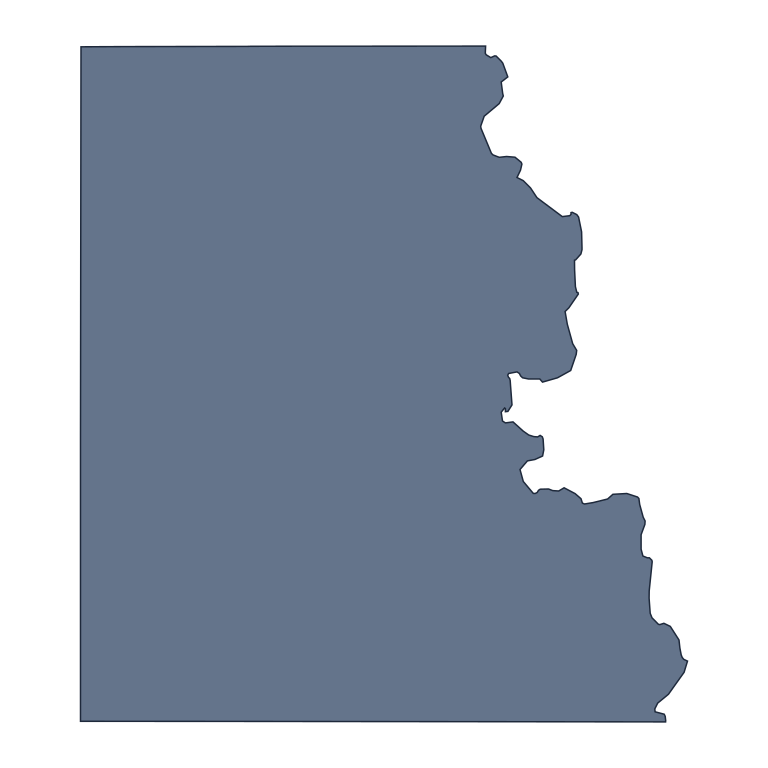 Lincoln, South Dakota, United States of America
{"feature_id": "52423323B14637934462643", "entity_name": "Lincoln", "entity_type": "district", "adm_level": 2, "iso_a3": "USA", "parent_name": "United States of America", "parent_adm1": "South Dakota", "projection": "equal_earth", "projection_center": [-96.553, 43.292], "detail": "fine", "context": "isolated", "style": "filled", "palette": "slate", "viewbox_px": 768, "rotation_deg": 0, "n_neighbors": 0, "source": "geoboundaries", "source_scale": "gbopen_adm2", "svg_char_len": 1993}
<svg xmlns="http://www.w3.org/2000/svg" viewBox="0 0 768 768"><path d="M80.5,721.3L228.0,721.4L665.6,721.9L665.7,720.6L665.2,716.3L664.2,714.2L655.1,711.8L654.8,708.9L657.7,703.1L668.5,694.2L673.1,687.7L684.1,672.3L687.5,661.1L683.7,659.3L682.2,657.4L681.2,654.9L679.9,648.1L679.0,640.0L670.3,626.4L663.9,623.3L659.8,624.6L658.4,624.3L652.0,617.8L650.2,613.3L649.1,598.2L649.2,591.0L652.2,561.8L651.9,560.3L649.4,557.8L647.3,557.8L642.9,556.0L641.1,549.2L641.1,534.7L644.9,524.4L645.1,521.0L643.2,517.2L639.7,504.5L638.9,498.5L637.5,497.0L626.8,493.5L612.9,494.3L607.6,499.0L593.0,502.6L584.5,504.0L582.4,503.1L581.0,498.7L575.1,493.6L564.1,487.8L558.7,491.0L552.7,490.6L548.6,489.0L540.2,489.2L538.5,490.3L537.2,492.5L535.1,493.5L533.3,493.4L523.3,481.5L520.0,469.5L527.4,460.9L534.9,459.5L542.6,456.0L543.8,449.8L543.1,439.0L542.3,436.8L540.1,435.4L537.7,436.9L533.8,436.6L528.7,435.0L523.2,431.1L513.0,421.9L505.4,422.9L502.5,421.0L501.2,412.2L504.6,408.0L505.4,408.6L505.4,411.7L507.9,411.4L512.0,404.9L510.5,385.0L510.2,380.6L509.7,378.5L508.5,377.3L507.7,375.2L508.6,373.5L517.0,371.9L519.4,373.5L520.6,375.9L522.6,377.8L528.6,379.0L529.5,379.0L539.8,379.0L542.5,382.1L557.5,377.8L570.7,370.5L576.2,354.4L576.7,350.4L572.7,343.7L567.3,324.2L565.1,311.5L568.8,307.9L578.3,294.1L578.0,292.6L576.8,292.3L575.4,286.6L574.6,269.7L574.5,260.2L575.6,259.9L580.9,254.0L582.0,249.7L582.0,247.5L581.6,231.9L578.6,217.1L576.8,214.6L572.2,212.3L571.0,212.6L571.0,214.4L569.7,215.7L562.3,216.6L542.6,201.9L536.9,197.6L530.5,187.9L523.3,180.7L517.0,177.5L520.5,170.2L521.9,164.1L521.2,162.3L515.0,157.2L506.6,156.5L499.3,157.3L497.1,156.5L493.0,154.9L491.4,153.3L481.0,128.3L480.7,126.2L484.2,116.2L499.2,103.6L503.3,96.0L502.7,93.5L501.2,82.0L507.8,76.9L502.8,63.2L501.3,61.2L496.1,56.0L494.6,55.9L490.8,57.6L486.2,54.8L485.3,53.3L485.6,46.1L482.4,46.1L350.6,46.2L300.5,46.2L250.6,46.3L247.3,46.4L124.1,46.6L81.0,46.8L80.5,438.7L80.5,721.3Z" fill="#64748b" stroke="#1e293b" stroke-width="1.5"/></svg>